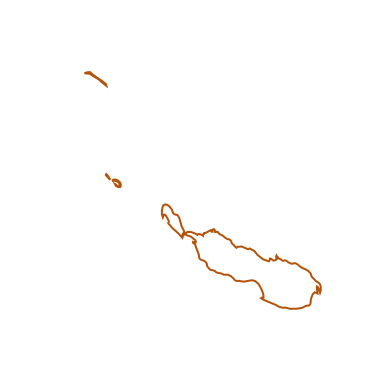 an SVG outline of North Solomons, rotated 331°
{"feature_id": "PNG-1245", "entity_name": "North Solomons", "entity_type": "Province", "adm_level": 1, "iso_a3": "PNG", "parent_name": "Papua New Guinea", "parent_adm1": "", "projection": "natural_earth1", "projection_center": [155.03, -5.041], "detail": "fine", "context": "isolated", "style": "outline", "palette": "amber", "viewbox_px": 384, "rotation_deg": 331, "n_neighbors": 0, "source": "natural_earth", "source_scale": "10m", "svg_char_len": 3649}
<svg xmlns="http://www.w3.org/2000/svg" viewBox="0 0 384 384"><g transform="rotate(331 192 192)"><path d="M256.7,327.9L257.1,329.8L258.9,333.1L259.2,335.2L258.7,337.2L257.7,339.1L256.5,340.9L255.1,342.2L255.9,338.3L256.0,336.2L255.4,335.2L254.8,336.1L252.6,341.6L250.8,339.2L248.1,339.9L245.4,342.1L243.6,343.9L241.8,346.7L240.9,347.6L239.4,347.9L238.6,347.8L237.2,347.0L236.3,346.8L233.0,346.8L229.9,346.0L226.7,344.7L221.0,341.6L217.9,338.6L217.2,338.1L216.0,337.7L214.7,336.8L212.5,334.6L211.8,333.6L210.9,331.8L202.0,320.6L201.0,318.3L202.3,318.3L202.9,318.5L203.5,318.9L204.8,316.0L205.5,312.0L205.7,307.9L205.5,304.3L204.0,300.4L201.6,298.2L194.3,295.7L191.7,294.0L190.0,292.4L188.4,291.7L187.6,291.2L187.0,290.4L186.7,289.8L186.4,288.0L185.3,284.5L184.1,282.9L183.9,282.5L183.3,281.7L179.9,279.9L177.8,277.1L175.9,275.7L174.9,274.7L174.1,273.6L173.8,272.5L173.1,271.3L170.4,269.0L169.8,267.3L169.7,266.4L169.4,264.7L169.3,263.8L169.8,263.0L170.1,262.2L170.2,261.2L169.9,259.4L169.1,258.0L167.3,255.9L166.7,254.9L166.4,254.2L166.3,253.6L166.5,252.9L167.8,249.3L168.7,242.1L169.2,240.4L169.3,238.8L168.3,237.3L168.3,236.8L168.5,236.6L168.7,236.4L168.8,236.2L170.1,237.6L170.7,237.9L171.3,237.3L171.5,235.9L171.1,234.6L170.5,233.5L170.2,232.4L169.4,230.5L166.2,226.9L166.3,225.1L168.7,224.7L171.8,226.6L174.4,229.5L175.8,232.1L177.1,231.8L178.4,232.7L179.6,234.0L180.4,235.6L180.8,234.8L181.4,234.4L182.1,234.5L182.8,233.8L183.7,234.3L184.7,234.4L189.6,234.4L190.4,234.8L189.9,235.6L189.9,236.2L190.7,236.7L191.0,236.2L191.4,235.5L191.9,235.0L193.1,235.0L193.4,235.4L193.3,236.0L193.4,236.8L193.0,237.7L192.8,238.2L193.2,238.5L194.6,239.0L194.9,239.1L195.3,240.1L195.6,242.1L197.5,244.6L199.1,248.5L200.2,250.4L200.6,250.7L201.2,251.0L201.4,251.3L202.0,252.4L202.3,252.7L202.4,253.5L202.0,256.5L202.6,257.9L203.3,261.0L203.9,262.4L205.1,262.0L206.2,262.4L207.5,263.2L208.8,263.5L212.4,268.1L212.6,268.5L212.9,268.9L213.5,269.3L213.8,269.4L214.6,269.3L215.0,269.3L215.4,269.8L216.3,271.4L217.3,272.8L217.9,273.9L218.7,278.3L219.0,279.3L221.4,285.1L225.2,289.5L225.6,289.8L226.5,289.5L227.2,288.9L227.8,288.0L228.7,288.6L229.2,290.0L230.0,291.4L231.6,292.1L233.4,291.9L233.8,290.9L234.0,289.6L235.1,288.6L235.1,289.2L234.9,289.6L234.8,289.9L235.0,290.3L235.6,290.9L235.3,291.9L237.1,293.9L237.8,295.9L238.4,296.3L239.2,296.6L239.9,296.7L240.6,297.2L241.3,298.2L242.2,300.2L243.0,301.5L243.9,302.6L245.0,303.4L246.4,303.7L247.9,304.4L249.1,306.2L250.6,310.1L252.2,312.7L254.0,314.9L255.5,317.4L256.2,320.6L256.1,321.6L255.7,323.2L255.7,324.1L255.8,325.1L256.5,327.0L256.7,327.9ZM168.3,206.4L168.2,209.0L166.3,216.9L166.1,222.5L165.5,224.8L163.8,225.7L164.3,223.9L163.1,224.4L162.6,225.4L162.2,226.6L161.3,227.5L160.0,221.6L157.1,213.2L156.8,210.8L156.2,208.8L156.2,207.6L157.0,207.1L157.5,206.4L157.7,205.0L157.7,200.4L157.3,198.6L156.3,198.2L154.2,200.1L154.7,197.2L156.4,194.1L158.6,191.3L160.7,189.6L163.1,190.1L164.8,192.4L165.6,195.3L165.8,197.7L165.4,200.3L165.3,201.6L165.8,202.9L166.5,203.7L167.2,204.2L167.9,204.9L168.3,206.4ZM162.0,40.8L163.8,44.8L167.5,52.0L169.1,56.1L168.6,57.7L166.6,52.8L165.0,48.2L162.3,43.7L159.9,39.0L155.5,36.1L158.6,36.5L161.0,37.8L162.0,40.8ZM129.0,143.0L131.1,144.0L132.7,145.9L133.6,148.2L133.6,150.6L132.0,152.8L130.0,152.1L128.5,149.9L128.5,147.7L129.0,148.5L129.6,150.4L130.0,151.2L130.9,151.7L131.4,151.7L132.3,150.3L132.7,148.3L131.5,146.3L129.9,144.6L128.5,143.6L128.4,143.7L128.3,143.9L128.2,144.0L128.1,143.6L128.3,143.3L129.0,143.0ZM126.0,140.7L125.7,138.9L125.1,137.1L124.8,135.5L125.6,134.8L126.0,135.7L126.3,137.3L126.5,140.7L126.0,140.7Z" fill="none" stroke="#b45309" stroke-width="2"/></g></svg>